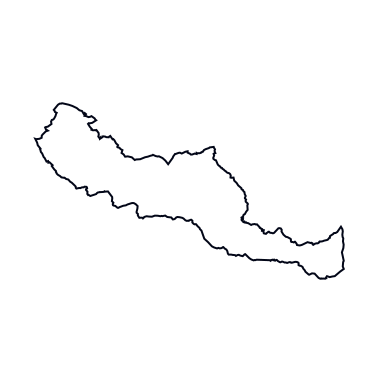 outline of Talmaciu, Sibiu, Romania, rotated 248°
{"feature_id": "2599482B89024892263144", "entity_name": "Talmaciu", "entity_type": "district", "adm_level": 2, "iso_a3": "ROU", "parent_name": "Romania", "parent_adm1": "Sibiu", "projection": "mercator", "projection_center": [24.164, 45.604], "detail": "fine", "context": "isolated", "style": "outline", "palette": "ink", "viewbox_px": 384, "rotation_deg": 248, "n_neighbors": 0, "source": "geoboundaries", "source_scale": "gbopen_adm2", "svg_char_len": 5998}
<svg xmlns="http://www.w3.org/2000/svg" viewBox="0 0 384 384"><g transform="rotate(248 192 192)"><path d="M294.4,130.0L295.3,129.5L296.7,129.3L300.0,127.2L299.9,125.6L300.2,124.1L302.0,122.3L302.7,121.1L303.9,122.9L305.4,122.1L304.5,120.9L308.2,120.4L310.0,118.2L313.0,116.6L316.6,113.3L319.1,110.4L322.5,105.5L323.0,104.7L322.9,104.1L323.5,102.4L323.1,100.4L319.9,94.6L318.7,95.0L317.6,94.9L316.1,96.2L315.4,95.3L313.6,93.9L311.7,91.6L311.2,90.5L311.3,89.0L310.1,87.7L307.7,87.2L306.6,82.8L307.0,80.6L306.9,80.0L304.8,80.0L302.9,81.3L303.0,79.2L301.2,74.9L300.5,73.8L298.6,72.9L298.5,70.3L299.4,67.3L300.0,66.6L295.8,66.9L293.1,66.5L289.2,67.7L289.0,67.4L288.7,67.7L288.0,67.2L285.7,66.9L283.9,67.5L279.8,67.6L278.8,68.1L274.7,68.5L274.6,70.1L273.0,69.8L273.0,71.0L269.1,72.8L268.6,71.7L264.4,72.8L262.5,73.7L261.5,73.3L261.0,73.6L259.9,73.4L258.2,74.1L256.1,75.7L254.5,76.4L253.1,78.7L253.0,79.2L251.3,80.1L249.9,82.0L247.2,82.9L245.7,84.0L241.9,85.7L240.6,86.2L239.4,85.8L238.5,86.1L238.0,88.8L237.4,90.1L237.5,90.3L237.5,91.8L236.9,93.4L237.2,94.3L236.3,96.1L235.7,96.3L234.6,96.1L234.3,94.8L233.7,94.5L231.5,95.2L229.4,94.2L228.3,94.5L228.4,94.8L226.4,96.2L226.0,102.3L226.7,103.8L226.8,104.8L226.5,105.7L226.5,106.6L226.2,107.0L225.1,110.4L225.1,110.7L225.4,111.1L224.9,111.5L224.0,114.3L217.3,116.1L215.8,115.6L213.5,114.3L211.5,115.1L210.5,114.0L209.4,113.8L208.9,114.1L207.8,115.7L205.3,117.0L204.9,117.8L205.1,119.2L205.0,123.1L204.4,125.7L204.6,127.4L204.3,131.8L203.9,133.2L203.3,134.1L201.7,135.3L199.3,136.3L197.0,135.1L194.4,133.2L193.5,132.9L192.0,133.6L190.5,133.0L187.8,133.5L187.3,135.2L186.4,136.8L185.9,136.8L186.0,137.2L186.6,138.0L186.7,139.2L186.5,140.9L185.5,142.6L184.1,145.6L184.0,148.7L182.8,151.4L181.4,153.6L181.2,154.9L180.7,155.5L180.2,158.3L178.1,159.7L176.1,163.3L173.8,163.9L173.5,164.9L173.6,166.4L174.3,167.8L174.3,169.1L173.3,171.0L171.7,173.3L170.6,174.2L168.2,175.3L167.1,176.5L166.8,178.2L166.5,178.3L166.8,180.0L166.5,181.0L165.2,181.6L163.6,180.9L161.8,181.6L161.0,182.4L160.8,183.4L160.6,183.7L158.1,184.4L155.9,185.5L154.5,185.5L152.7,186.3L144.1,185.9L139.5,188.1L134.2,190.1L132.3,191.7L130.3,194.1L130.3,195.5L129.3,196.7L128.9,198.5L129.3,200.0L129.2,200.4L127.2,201.2L125.8,202.3L124.0,202.6L121.4,202.2L120.2,202.6L119.2,205.0L118.2,206.5L118.0,207.1L117.1,208.5L116.3,208.8L116.5,210.6L116.2,211.9L115.0,212.9L113.5,215.0L114.5,217.4L114.4,218.1L109.1,220.4L107.1,221.8L105.5,223.6L105.5,224.5L105.1,225.2L105.0,226.6L99.7,238.4L98.8,239.1L99.3,239.7L99.0,241.5L98.3,241.8L98.5,242.8L97.2,243.3L97.5,244.7L97.2,245.2L95.9,245.7L94.1,247.1L93.7,247.7L93.8,249.2L93.5,249.9L91.9,251.5L91.5,252.6L90.6,253.6L90.5,256.0L89.9,257.2L89.3,257.4L89.0,258.3L88.6,261.4L87.9,263.0L86.7,264.1L86.1,264.2L84.3,263.4L83.5,264.0L82.8,265.2L81.2,266.4L79.1,266.5L77.2,267.2L75.6,267.3L71.7,269.3L71.4,269.7L71.6,272.8L70.4,275.1L64.9,277.2L63.5,278.5L63.5,279.4L63.0,279.8L62.7,281.0L61.7,283.1L61.9,283.7L61.8,284.1L62.4,284.1L63.4,285.6L61.5,287.8L61.1,290.4L60.5,292.9L62.7,299.5L63.8,303.9L66.5,303.9L70.4,305.9L71.3,306.9L79.9,308.4L83.3,311.3L86.4,312.9L89.7,313.5L92.4,314.9L93.8,314.8L96.1,315.4L99.1,317.1L101.1,317.5L104.0,317.1L100.5,311.7L100.2,309.7L100.6,308.7L100.7,307.9L100.2,307.3L99.5,303.7L99.3,303.3L97.9,302.7L98.0,301.9L97.0,300.3L97.1,300.0L96.9,299.3L97.4,296.2L97.4,294.6L97.8,292.9L98.3,292.0L98.2,291.4L97.7,291.1L97.4,290.2L97.3,289.3L97.7,288.5L98.0,286.8L97.6,284.6L98.3,284.2L99.2,284.5L99.8,284.1L100.2,283.7L100.2,283.0L102.2,280.3L101.8,274.3L101.9,272.8L102.2,271.6L103.5,269.5L105.0,269.6L107.3,268.9L107.4,268.6L107.1,267.5L108.0,266.5L108.5,265.4L109.3,265.3L110.9,265.9L111.6,265.9L114.3,263.7L115.4,262.2L118.2,260.8L121.8,260.2L123.3,261.0L124.9,260.7L125.7,259.6L126.0,258.5L123.4,252.9L123.3,252.1L123.5,251.4L124.2,250.6L124.9,249.2L126.4,248.4L126.5,247.8L126.1,246.8L126.0,245.8L125.5,245.0L125.7,244.5L126.8,243.1L128.6,243.4L129.7,244.3L129.9,244.0L129.6,242.7L129.8,242.3L131.4,243.1L132.2,242.2L133.2,242.0L133.4,241.4L134.6,241.3L137.7,240.1L137.9,239.1L138.8,238.2L139.4,235.8L139.3,234.5L142.1,232.4L142.6,231.4L143.5,230.9L143.6,229.8L144.9,229.6L144.7,228.6L145.0,228.3L146.2,228.3L146.8,227.6L147.6,227.5L147.8,227.9L147.7,229.1L148.0,229.3L148.5,229.1L149.3,228.2L149.7,228.2L149.9,228.5L149.7,230.0L150.3,230.2L151.6,231.4L151.7,232.7L153.5,234.9L154.6,236.9L158.9,238.3L159.9,239.3L160.5,239.3L162.9,238.2L163.8,238.4L164.7,239.3L166.2,238.7L166.7,238.8L168.2,240.3L170.3,240.1L172.3,240.6L173.3,240.0L174.7,240.0L175.9,239.0L177.1,239.2L180.8,237.3L183.6,236.8L186.7,235.4L189.8,235.9L190.5,233.7L191.0,233.1L192.8,234.1L194.2,234.1L195.3,233.6L196.0,232.9L196.5,232.1L197.6,231.4L198.6,231.1L199.6,230.3L201.0,229.8L202.1,228.9L203.1,228.8L203.9,227.8L205.2,227.6L206.5,226.7L207.8,226.2L212.4,226.1L213.1,225.2L214.6,224.3L215.6,224.4L217.5,226.2L219.3,226.3L219.5,227.1L219.3,228.2L221.7,228.3L222.9,229.3L225.0,228.9L225.7,229.0L226.7,225.1L226.4,224.2L226.6,220.6L226.4,218.8L225.3,217.2L225.5,216.8L225.2,216.1L225.4,215.6L225.0,215.1L225.1,213.6L225.9,211.7L225.8,211.2L226.3,210.9L225.5,210.5L226.6,209.0L226.7,206.2L227.1,205.0L228.2,204.5L230.1,202.7L231.4,203.2L231.8,200.9L231.5,196.9L233.0,195.5L233.3,194.1L233.4,190.8L233.6,190.5L232.0,187.9L230.9,186.9L226.7,180.3L231.0,179.1L234.5,177.4L237.5,174.7L237.7,173.6L238.9,171.8L241.1,169.7L240.9,169.0L241.2,166.8L241.3,164.4L241.8,161.5L241.8,156.2L243.1,152.4L243.1,150.9L246.7,149.2L249.1,145.8L249.8,143.2L252.4,142.7L254.6,141.3L256.9,143.2L258.6,141.8L260.2,141.3L261.1,140.0L261.8,139.6L263.1,141.0L265.6,139.8L269.2,139.4L270.6,138.8L270.6,138.1L274.6,137.2L274.3,135.8L273.9,135.3L275.0,133.0L275.8,132.4L276.9,130.5L277.0,129.8L276.6,129.8L276.4,129.5L275.8,126.6L276.8,127.0L276.6,126.4L278.5,125.9L280.0,127.0L281.7,127.5L285.2,126.6L285.1,126.0L285.6,125.6L286.3,123.3L287.4,122.1L287.9,122.7L290.7,121.7L294.1,121.1L294.5,122.1L294.0,122.8L293.5,125.4L294.4,130.0Z" fill="none" stroke="#020617" stroke-width="2"/></g></svg>